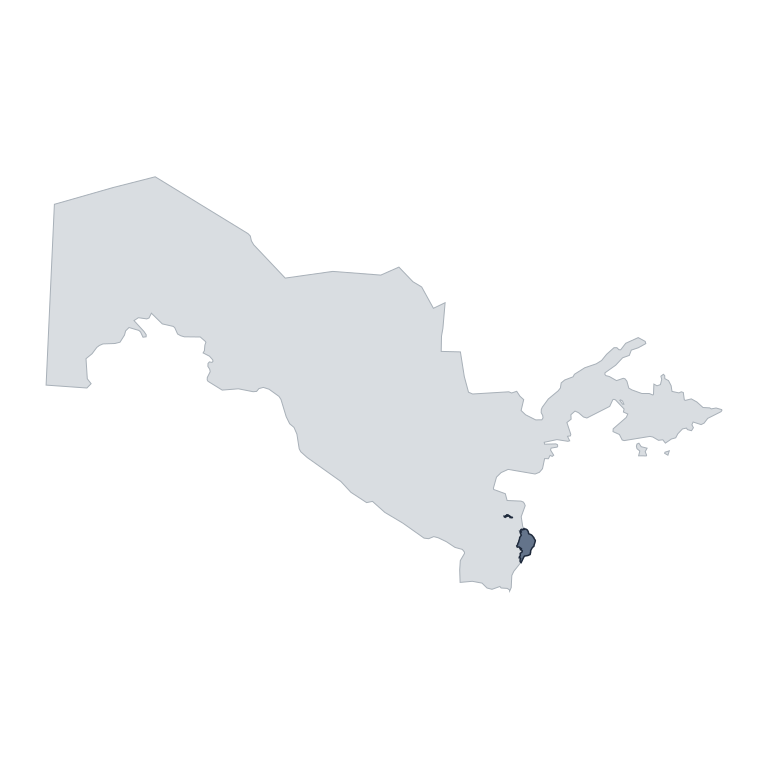 Uzun, Surkhandarya, Uzbekistan shown in context
{"feature_id": "79887680B11166150999612", "entity_name": "Uzun", "entity_type": "district", "adm_level": 2, "iso_a3": "UZB", "parent_name": "Uzbekistan", "parent_adm1": "Surkhandarya", "projection": "natural_earth1", "projection_center": [68.025, 38.226], "detail": "fine", "context": "in_parent", "style": "filled", "palette": "slate", "viewbox_px": 768, "rotation_deg": 0, "n_neighbors": 0, "source": "geoboundaries", "source_scale": "gbopen_adm2", "svg_char_len": 5145}
<svg xmlns="http://www.w3.org/2000/svg" viewBox="0 0 768 768"><path d="M625.7,343.3L638.2,337.6L645.2,341.4L645.8,343.6L638.2,347.8L631.3,350.1L629.3,355.4L622.6,357.8L615.7,365.2L605.0,372.8L604.9,374.4L605.8,375.6L609.3,376.5L616.5,380.6L623.3,378.3L625.0,378.8L626.9,381.2L628.8,388.1L631.9,389.9L641.8,393.5L649.2,393.5L652.9,395.0L653.5,394.3L653.9,384.1L657.0,385.8L660.4,384.6L661.7,379.5L660.9,376.2L663.4,374.3L664.7,375.6L664.8,378.6L668.5,380.6L671.1,385.7L672.0,391.4L678.9,392.9L681.3,391.8L683.3,392.5L684.3,399.8L685.3,400.4L691.3,398.9L696.9,402.0L703.0,407.5L709.8,407.9L711.2,408.9L716.1,408.0L721.7,409.6L721.9,410.4L721.0,411.7L707.7,418.4L704.1,423.1L701.1,424.6L693.1,422.0L691.9,424.8L693.4,427.7L691.5,430.7L687.4,429.6L686.5,428.1L682.5,428.9L677.9,433.7L675.7,437.8L671.4,439.0L665.4,443.1L662.8,439.8L658.5,440.3L652.8,437.0L649.9,436.4L624.2,440.6L622.2,440.0L619.4,434.5L613.0,431.6L613.2,428.8L626.3,417.4L627.8,414.0L623.4,412.0L624.1,409.0L615.5,399.9L613.9,399.3L612.8,399.7L609.7,406.4L586.9,418.0L583.5,417.0L578.4,412.6L575.0,411.1L570.9,414.7L571.1,419.2L566.9,422.5L570.8,434.4L570.4,435.9L567.5,436.3L569.7,440.8L567.9,441.3L556.9,439.6L544.2,442.3L544.6,444.2L555.9,443.9L557.5,444.7L557.7,446.2L557.1,447.1L551.1,448.1L550.5,450.0L553.7,455.2L552.2,456.4L550.1,455.4L548.4,458.7L544.6,458.6L542.5,468.7L539.4,472.3L535.1,474.0L508.1,469.4L501.1,472.6L496.5,477.1L493.4,488.2L493.7,489.5L505.3,493.7L507.1,500.5L521.0,501.1L523.4,502.1L524.5,503.8L525.2,505.7L521.2,516.7L522.7,526.4L525.0,530.9L533.2,539.5L532.9,544.2L531.0,548.3L528.7,552.0L526.2,553.5L522.8,558.2L519.7,563.9L513.8,571.3L511.8,575.5L511.2,587.6L509.6,591.2L509.4,589.8L507.2,588.4L501.1,588.0L499.9,586.5L492.0,589.3L487.0,588.0L482.0,583.1L472.3,581.3L460.1,582.4L459.7,569.9L460.3,560.6L464.5,553.4L464.4,552.0L462.3,549.4L455.0,547.4L446.4,541.7L438.3,537.8L433.8,536.6L428.6,538.7L424.0,538.1L402.8,523.1L384.8,512.4L372.5,501.4L366.6,502.6L350.9,492.3L340.9,481.5L307.3,457.6L300.8,451.8L299.2,448.8L296.9,434.1L294.0,427.4L289.7,423.8L286.2,416.7L281.0,399.5L279.0,396.4L269.0,389.2L263.3,387.4L258.9,388.6L256.6,391.4L253.1,391.7L238.4,388.8L222.2,390.1L208.0,381.3L207.2,379.9L207.3,377.5L210.2,371.7L209.7,369.2L207.9,366.4L208.0,363.5L209.4,361.9L212.0,362.4L213.0,361.3L212.7,359.8L209.5,356.2L203.1,352.9L204.4,350.7L204.9,345.1L205.9,342.2L205.1,341.2L200.3,337.0L184.3,336.8L180.6,335.7L177.6,334.0L174.8,327.8L173.3,326.4L162.3,323.9L151.4,313.2L149.0,318.0L146.8,318.9L138.4,317.7L134.0,320.6L144.0,331.5L146.2,334.8L146.1,336.8L143.0,337.2L140.5,331.9L138.8,330.4L129.0,327.5L125.6,330.9L124.5,335.1L120.0,342.2L114.9,343.5L103.0,343.9L99.3,345.5L96.8,347.4L92.1,353.7L86.0,358.7L87.3,378.8L91.1,383.7L86.9,388.0L46.1,385.1L54.4,204.3L113.2,187.5L155.2,176.8L248.1,233.7L250.3,236.0L251.4,240.9L253.7,244.8L285.2,278.1L332.7,271.4L380.8,275.1L398.9,267.1L412.9,281.7L421.7,287.0L433.4,308.3L445.1,302.7L442.9,328.3L441.5,336.1L441.2,351.4L460.4,351.9L464.3,376.6L468.5,392.2L472.6,394.0L508.8,391.8L511.6,393.0L516.7,391.3L520.0,396.3L523.7,399.6L521.1,410.5L525.6,414.8L535.7,419.9L541.9,419.8L543.0,417.9L542.7,415.4L541.2,412.7L541.3,409.5L542.3,407.2L548.3,399.0L558.1,390.9L560.4,388.0L561.2,382.9L564.7,380.0L573.1,376.8L574.4,374.3L584.7,367.8L596.3,363.8L601.6,360.5L606.6,354.3L614.0,347.7L616.9,347.7L618.9,349.7L620.7,349.8L625.7,343.3ZM623.9,404.2L622.5,401.0L620.6,399.8L619.8,400.3L622.7,404.3L623.9,404.2ZM646.3,455.9L638.6,455.8L639.8,451.0L637.0,448.7L636.4,446.2L637.0,444.0L638.9,443.2L641.2,446.7L647.1,448.2L645.2,451.6L646.6,455.2L646.3,455.9ZM669.3,450.8L667.9,455.2L664.6,453.3L665.0,452.2L669.3,450.8Z" fill="#d9dde1" stroke="#a8b0b8" stroke-width="1"/><path d="M520.2,532.7L521.3,535.2L520.6,536.2L519.7,537.5L519.5,539.2L519.0,540.4L518.6,542.2L517.9,543.4L517.6,544.8L516.7,545.9L517.3,547.1L519.1,547.0L520.0,547.6L519.9,548.2L521.1,548.4L521.3,548.6L520.4,549.3L520.5,549.8L521.3,549.8L522.3,550.9L522.0,552.0L520.2,553.4L520.3,555.8L519.5,556.6L519.2,557.8L520.3,558.0L520.6,558.6L520.1,559.7L520.1,561.4L520.9,562.6L521.1,562.7L523.3,558.1L523.7,557.3L524.4,556.1L525.6,555.9L527.9,555.5L529.0,555.0L530.1,554.5L530.1,554.2L530.4,553.7L530.3,553.0L530.7,552.1L530.6,550.8L532.0,548.1L533.0,547.0L533.7,546.4L534.0,546.1L534.1,545.0L535.0,542.2L535.3,540.9L535.3,540.3L534.4,539.0L533.8,537.9L533.8,537.6L533.7,537.6L532.9,536.5L532.0,535.4L531.2,534.8L529.9,534.2L528.8,533.8L528.6,533.6L528.5,533.1L528.5,532.5L528.3,531.8L527.7,530.6L527.1,529.8L525.7,529.0L525.3,529.0L524.5,529.3L524.0,529.5L523.6,529.5L523.8,528.8L523.2,529.0L522.6,529.8L521.4,529.3L520.8,529.8L520.8,530.4L521.0,531.1L520.0,531.2L520.5,531.8L521.0,532.2L520.2,532.7ZM507.1,514.8L506.6,514.9L506.3,515.7L505.5,515.8L505.2,516.2L504.1,516.2L504.4,516.9L505.2,517.3L505.6,516.7L506.3,516.7L506.7,516.1L507.5,515.9L507.6,516.2L508.0,516.2L508.2,515.8L509.6,516.4L510.0,517.5L510.5,517.5L510.5,517.3L510.8,517.2L511.1,517.7L511.5,517.7L512.1,517.7L512.3,517.6L512.1,517.2L511.5,517.3L510.5,516.6L509.3,515.7L508.5,515.4L508.0,514.9L507.6,515.2L507.1,514.8Z" fill="#64748b" stroke="#1e293b" stroke-width="1.5"/></svg>